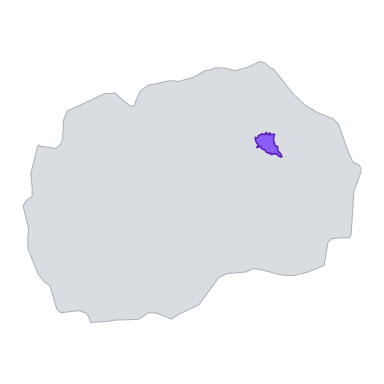 Cheshinovo - Obleshevo, Češinovo-Obleševo, North Macedonia (highlighted)
{"feature_id": "65306769B60953626693828", "entity_name": "Cheshinovo - Obleshevo", "entity_type": "district", "adm_level": 2, "iso_a3": "MKD", "parent_name": "North Macedonia", "parent_adm1": "Češinovo-Obleševo", "projection": "equal_earth", "projection_center": [22.304, 41.875], "detail": "fine", "context": "in_parent", "style": "filled", "palette": "violet", "viewbox_px": 384, "rotation_deg": 0, "n_neighbors": 0, "source": "geoboundaries", "source_scale": "gbopen_adm2", "svg_char_len": 1949}
<svg xmlns="http://www.w3.org/2000/svg" viewBox="0 0 384 384"><path d="M170.8,80.6L178.1,81.5L194.0,77.1L204.0,71.0L209.0,70.1L215.7,67.8L225.4,68.1L235.2,70.8L247.6,67.3L259.9,61.6L264.8,63.0L270.1,67.8L273.6,69.2L293.9,94.8L305.0,105.1L318.2,113.0L333.2,118.8L338.5,124.3L348.2,151.6L352.8,162.0L359.1,165.1L360.7,168.1L361.0,172.0L353.9,191.3L351.1,234.5L349.3,237.9L341.8,237.7L331.8,238.7L328.0,242.0L324.1,265.3L308.0,272.0L293.4,275.7L281.1,274.9L259.5,269.3L252.5,268.7L246.4,271.9L227.1,273.6L218.7,277.6L198.7,304.9L178.5,314.3L171.6,319.1L156.3,313.1L148.9,312.5L138.2,319.4L114.8,320.1L108.5,321.3L90.4,322.4L89.7,318.7L86.4,313.2L78.0,310.6L60.8,312.8L56.7,308.8L49.8,285.6L44.3,281.9L38.2,274.1L28.0,249.0L27.8,238.0L28.6,228.4L23.0,205.9L26.7,200.2L32.1,196.6L32.2,187.6L30.8,173.8L37.4,146.9L39.1,145.0L40.7,146.3L56.1,148.4L60.1,145.0L62.6,139.7L63.6,120.0L67.3,111.0L104.5,93.7L115.4,93.1L123.8,101.0L130.3,106.1L134.3,105.9L135.8,100.8L140.3,91.0L148.0,85.3L170.5,80.6L170.8,80.6Z" fill="#d9dde1" stroke="#a8b0b8" stroke-width="1"/><path d="M278.0,147.1L276.8,146.0L276.0,146.1L275.7,145.6L274.5,145.2L274.5,142.7L273.8,142.7L273.6,137.6L274.5,135.3L274.3,134.3L270.6,134.4L270.7,133.9L269.6,132.9L269.2,133.6L269.3,134.8L268.3,134.6L266.4,132.5L265.2,133.5L265.5,134.5L264.4,134.1L263.1,134.3L261.9,133.6L261.4,134.6L259.9,134.8L258.4,135.8L257.6,137.6L256.8,138.0L255.4,137.4L255.2,139.3L256.6,143.0L258.1,144.2L258.3,145.3L257.8,145.7L258.4,146.2L257.4,146.3L256.9,147.4L257.7,147.7L259.1,146.7L260.7,146.4L261.2,147.3L261.0,147.8L262.3,148.8L262.2,149.0L264.0,149.9L264.6,149.7L266.4,152.3L268.0,152.9L268.6,153.5L269.6,153.4L269.8,152.9L270.6,153.1L271.0,154.1L271.7,154.7L272.5,154.0L274.2,154.2L274.8,153.4L276.1,153.9L276.3,154.3L277.0,154.2L277.9,155.5L280.4,157.1L280.5,156.5L282.0,156.5L279.9,152.7L279.0,152.4L278.9,151.6L277.8,150.6L277.6,148.2L278.0,147.1Z" fill="#8b5cf6" stroke="#5b21b6" stroke-width="1.5"/></svg>